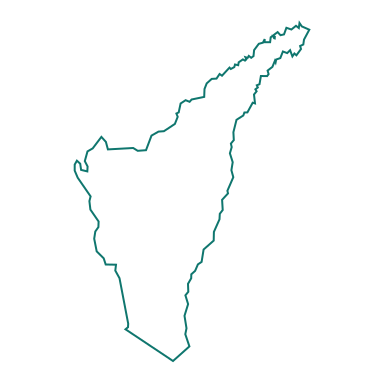 Nova Ubiratã, Mato Grosso, Brazil (Equal Earth projection)
{"feature_id": "56859067B8352278132319", "entity_name": "Nova Ubiratã", "entity_type": "district", "adm_level": 2, "iso_a3": "BRA", "parent_name": "Brazil", "parent_adm1": "Mato Grosso", "projection": "equal_earth", "projection_center": [-54.56, -12.966], "detail": "medium", "context": "isolated", "style": "outline", "palette": "teal", "viewbox_px": 384, "rotation_deg": 0, "n_neighbors": 0, "source": "geoboundaries", "source_scale": "gbopen_adm2", "svg_char_len": 1839}
<svg xmlns="http://www.w3.org/2000/svg" viewBox="0 0 384 384"><path d="M277.6,32.1L270.7,37.3L270.1,42.2L264.6,42.2L264.7,39.1L262.9,42.7L258.8,43.8L254.1,50.1L253.5,56.1L251.2,57.8L248.8,55.9L247.6,57.9L245.4,57.2L246.3,59.4L245.0,60.6L242.9,59.4L238.7,62.3L238.2,65.2L235.0,64.5L234.3,67.1L230.8,69.0L229.5,67.6L222.0,75.7L219.6,74.0L216.5,78.6L211.7,78.9L206.7,83.4L204.5,89.0L204.2,96.9L191.6,99.5L189.6,101.8L185.6,100.2L180.6,103.5L178.7,112.4L176.4,113.5L177.7,116.8L174.9,123.9L163.9,131.2L158.5,131.6L151.5,135.6L146.0,150.2L137.7,150.8L133.2,148.0L107.9,149.4L105.9,141.9L101.4,136.9L92.7,148.4L87.5,151.4L84.8,161.1L87.6,166.5L87.3,171.4L81.1,169.9L80.2,163.7L76.9,160.7L74.7,164.6L74.7,170.6L77.7,177.7L90.6,196.4L89.4,201.1L90.4,209.6L98.6,221.5L98.4,227.1L95.3,231.5L94.2,238.7L96.7,251.4L103.7,258.3L105.7,264.5L116.0,264.7L115.3,270.6L119.5,278.2L128.2,323.7L128.0,327.2L125.5,329.3L173.0,361.0L189.4,346.4L185.3,334.2L186.5,328.3L184.5,315.8L188.1,304.1L185.4,295.3L188.3,291.8L188.0,283.8L191.2,278.3L191.3,274.3L195.1,270.9L197.9,264.4L201.6,261.9L203.6,249.5L213.7,240.6L213.9,231.9L219.5,219.3L219.8,213.8L222.7,210.0L222.1,199.8L228.0,193.4L227.4,190.8L233.3,177.2L231.4,170.2L232.7,162.2L229.9,153.3L231.7,147.1L230.9,143.6L233.8,140.1L233.4,132.2L236.5,119.8L243.3,115.5L244.4,112.5L247.4,112.4L252.7,102.7L255.0,103.4L254.0,94.5L256.6,91.3L255.4,89.3L257.8,87.5L256.8,85.3L259.5,84.2L260.9,76.0L267.1,76.1L268.6,74.1L267.6,70.6L272.4,66.9L274.9,60.8L275.6,62.4L276.2,59.5L280.3,58.1L282.9,51.5L287.2,53.1L290.1,50.2L292.4,56.4L294.4,53.5L296.4,55.3L301.0,49.0L300.1,46.0L303.3,44.5L304.0,39.6L309.3,29.7L301.8,26.4L299.5,23.0L298.8,28.0L296.0,25.8L291.4,29.5L286.4,27.8L284.0,34.4L280.5,35.2L277.6,32.1ZM273.2,36.2L274.8,36.7L274.7,38.4L274.1,38.2L273.2,36.2Z" fill="none" stroke="#0f766e" stroke-width="2"/></svg>